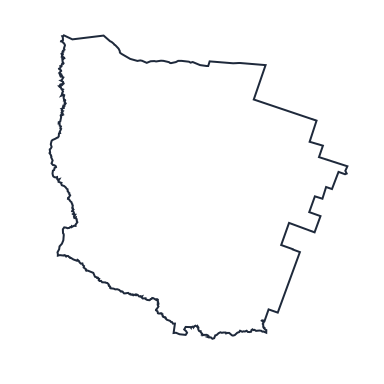 Burruyacú, Tucumán, Argentina (Mercator projection), rotated 278°
{"feature_id": "61730980B16369231979992", "entity_name": "Burruyacú", "entity_type": "district", "adm_level": 2, "iso_a3": "ARG", "parent_name": "Argentina", "parent_adm1": "Tucumán", "projection": "mercator", "projection_center": [-64.978, -26.55], "detail": "fine", "context": "isolated", "style": "outline", "palette": "slate", "viewbox_px": 384, "rotation_deg": 278, "n_neighbors": 0, "source": "geoboundaries", "source_scale": "gbopen_adm2", "svg_char_len": 5716}
<svg xmlns="http://www.w3.org/2000/svg" viewBox="0 0 384 384"><g transform="rotate(278 192 192)"><path d="M329.3,43.3L328.5,42.8L328.2,41.8L327.0,42.6L324.4,43.1L323.9,42.8L323.4,41.5L322.9,41.4L322.7,43.0L322.0,43.5L321.7,44.2L320.4,45.4L319.5,45.8L316.4,45.2L315.2,45.9L314.1,44.7L313.2,45.1L312.9,44.3L311.1,44.7L311.0,43.7L310.7,43.5L309.9,44.1L310.2,44.7L310.0,44.9L309.1,44.3L307.8,44.2L307.8,45.4L307.2,46.7L306.8,46.9L306.7,46.5L306.0,46.2L306.6,45.2L306.3,44.9L303.1,45.7L301.6,46.9L301.2,46.7L301.5,46.3L301.3,45.7L300.3,45.3L298.5,45.3L298.3,44.1L297.0,44.5L295.9,43.8L295.6,43.2L295.2,43.4L294.3,45.3L293.7,45.6L291.4,44.0L290.3,46.3L289.6,46.5L290.0,45.3L289.8,44.9L288.1,45.8L287.9,46.2L288.5,47.5L287.6,48.1L287.5,48.6L284.4,47.3L284.1,46.6L283.1,49.0L282.1,49.2L281.7,49.8L281.4,49.7L280.8,48.3L280.3,48.8L279.9,48.5L280.5,47.4L280.2,46.7L279.4,46.4L278.8,46.9L278.3,45.6L277.5,46.6L277.7,47.4L276.0,48.2L275.6,49.8L275.0,49.3L273.5,50.3L272.2,49.7L270.1,49.6L269.2,49.2L269.6,49.9L269.5,50.7L270.5,51.1L270.1,52.0L267.5,51.7L265.7,52.4L265.6,53.0L264.7,52.7L264.7,53.6L263.3,53.4L262.2,54.6L261.4,54.2L261.4,53.6L259.6,53.7L259.6,52.6L258.4,52.4L258.2,53.1L257.4,53.4L256.2,51.3L255.9,51.8L254.6,51.7L254.2,52.9L253.7,52.5L252.7,52.4L252.7,51.9L252.4,51.8L251.8,53.0L250.8,52.9L250.5,53.4L249.8,52.4L250.2,51.7L249.6,51.3L247.9,52.0L243.5,51.7L242.6,50.3L241.2,50.4L241.3,51.4L239.2,51.8L238.7,53.1L236.9,52.7L236.3,53.6L233.0,52.6L232.0,53.2L231.4,52.1L228.5,52.3L227.1,51.4L226.7,50.3L226.0,49.7L224.0,46.5L222.9,45.8L219.6,45.5L217.1,46.7L215.4,46.1L214.4,45.2L211.3,46.0L210.7,45.5L208.7,47.3L208.2,47.3L207.7,47.8L206.8,47.7L203.8,49.6L200.8,48.9L199.4,50.5L199.3,52.2L198.5,53.6L197.7,53.9L196.6,52.5L194.6,52.4L193.8,51.3L190.8,51.3L188.7,52.1L188.0,52.7L187.5,53.9L187.5,55.3L188.0,56.3L186.1,56.7L185.5,57.3L186.3,58.9L184.5,58.2L183.5,58.4L182.9,61.4L182.3,61.2L180.6,62.1L180.1,64.6L179.0,66.3L177.8,67.4L177.4,68.4L175.6,68.7L175.3,69.3L174.2,69.8L173.8,70.7L172.7,70.8L171.8,71.8L169.5,70.8L169.0,70.1L167.9,70.1L167.5,71.4L165.9,72.8L165.1,74.1L163.7,74.7L163.2,75.3L162.6,75.3L161.8,75.9L159.6,75.6L159.3,76.4L158.6,76.4L158.1,77.0L157.1,76.1L156.4,76.0L156.5,76.8L156.1,77.3L154.5,78.2L153.6,77.2L152.9,78.4L153.1,79.4L151.1,78.5L150.0,79.1L150.7,80.5L149.6,80.5L149.3,81.4L148.1,81.9L147.4,81.8L146.2,82.7L143.4,81.2L142.2,81.4L142.1,79.8L141.0,78.4L141.4,77.7L140.3,77.4L140.4,76.4L139.4,75.5L138.8,73.7L139.2,72.3L139.2,70.4L137.1,69.3L133.3,70.0L132.7,70.6L131.6,71.0L126.3,71.3L122.7,70.4L119.7,68.4L116.8,68.4L113.6,67.2L111.9,67.8L110.3,68.0L111.1,69.9L111.2,73.9L111.7,74.2L111.8,74.8L110.6,76.3L111.3,76.8L111.3,78.4L110.5,79.3L110.3,80.3L109.7,80.6L109.8,81.5L108.7,83.9L107.9,87.6L108.9,88.0L108.6,88.7L108.0,89.1L107.8,89.9L106.8,90.3L105.6,91.9L106.0,93.4L104.5,94.0L103.6,95.4L102.2,95.2L100.7,97.8L100.0,97.7L99.3,98.3L99.7,99.5L98.2,105.5L94.6,107.7L94.1,110.4L93.6,110.2L93.1,112.2L91.7,111.9L91.0,112.9L91.3,114.3L90.1,115.6L90.4,118.9L90.1,119.5L90.1,120.8L88.8,122.5L88.2,122.4L87.4,122.8L87.2,123.8L86.4,124.4L85.7,124.2L85.3,124.8L85.4,127.9L84.9,129.5L85.3,131.5L84.9,133.5L83.5,135.5L83.9,136.2L83.6,136.6L83.7,137.1L82.2,138.7L82.2,139.5L83.2,142.9L82.3,144.1L82.5,144.9L81.9,145.2L81.8,146.3L82.2,146.8L82.0,147.2L82.3,147.2L82.2,148.2L81.7,148.5L82.7,150.4L82.0,150.7L82.0,151.2L82.7,151.8L82.5,152.6L81.3,154.0L81.2,154.6L81.7,155.6L81.1,156.1L81.6,157.0L80.7,156.7L79.7,158.0L80.3,160.8L79.5,161.0L78.9,162.6L78.9,164.9L79.5,165.6L80.2,165.9L80.5,166.9L81.5,167.3L81.5,168.4L80.2,171.4L80.8,171.3L81.0,172.4L80.6,173.2L79.3,173.3L78.0,173.9L77.3,173.5L76.5,174.4L75.5,173.7L74.0,174.7L71.2,173.4L70.6,172.8L69.9,172.8L69.0,174.5L67.2,175.1L67.0,176.3L67.7,178.2L67.6,178.7L67.0,178.8L66.9,179.7L65.9,179.8L65.2,180.5L64.7,180.4L64.2,181.1L64.3,182.0L63.9,182.4L64.2,183.1L63.2,183.9L62.8,183.8L62.0,184.9L61.3,188.3L60.4,189.2L60.4,190.3L59.0,191.4L59.3,193.4L49.8,193.4L50.4,195.7L49.4,199.4L49.6,205.6L51.9,206.7L53.3,205.6L54.8,203.4L57.5,204.5L58.0,209.4L57.6,209.8L58.1,209.8L58.2,210.7L58.7,211.2L58.7,212.4L58.4,212.5L59.4,213.1L60.1,214.0L59.6,215.5L58.8,216.3L59.6,216.4L58.7,217.2L56.9,217.3L55.5,218.2L55.1,219.0L55.4,219.9L54.1,220.4L53.1,221.8L52.1,221.6L52.1,222.2L51.6,222.3L52.3,224.4L52.6,226.4L52.2,227.7L51.5,228.6L51.0,228.5L50.6,227.6L50.3,229.0L50.7,230.8L49.5,232.6L50.3,234.3L53.3,235.0L53.7,236.2L55.9,238.0L57.0,239.6L56.7,241.2L57.2,242.5L57.5,244.9L56.7,245.4L57.4,246.7L57.6,248.5L55.7,251.4L55.5,252.5L56.2,254.2L59.0,256.5L59.8,258.2L61.3,258.9L60.6,261.2L61.2,262.4L61.2,263.8L62.2,265.4L61.2,266.7L61.3,268.5L61.9,270.0L63.5,270.1L64.4,271.0L63.8,272.0L64.2,273.1L63.4,274.7L64.2,278.1L64.2,279.9L63.5,281.1L63.8,282.0L63.0,285.1L65.6,284.8L66.1,283.5L66.9,282.9L67.0,282.3L67.5,281.9L67.8,282.3L68.5,281.3L70.5,281.0L71.2,280.4L72.2,280.7L72.7,281.2L73.6,281.1L73.6,280.5L74.3,279.0L74.6,279.2L74.7,280.1L74.4,281.8L86.4,284.2L84.5,293.7L147.5,307.2L149.1,299.8L149.4,299.8L151.9,287.7L174.9,292.4L169.1,319.0L186.0,322.6L188.4,310.9L204.8,314.3L203.5,322.1L215.6,324.1L214.4,330.2L232.3,334.3L230.9,341.1L231.8,342.6L234.3,340.9L239.1,342.3L244.2,312.9L256.1,315.2L258.1,301.5L280.0,305.4L292.2,240.3L327.9,247.2L326.4,221.2L325.2,214.9L323.8,191.3L319.0,190.5L318.8,189.0L318.8,182.3L320.8,174.6L319.9,172.6L320.6,170.9L320.4,163.2L319.9,160.0L318.4,157.9L316.7,153.3L316.7,152.4L317.4,151.1L317.9,145.5L317.7,143.0L316.3,138.3L316.4,136.4L315.7,132.8L313.6,129.2L315.0,124.3L315.1,122.4L314.2,119.7L315.2,112.3L318.8,103.4L319.7,101.6L320.6,101.0L321.5,100.9L323.8,99.3L326.8,95.5L327.0,94.7L327.9,93.9L329.4,91.5L329.9,89.9L334.6,82.7L326.5,52.3L329.3,43.3Z" fill="none" stroke="#1e293b" stroke-width="2"/></g></svg>